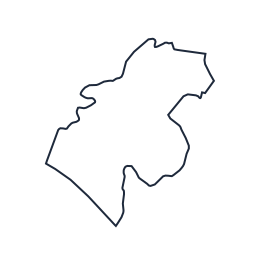 SVG path tracing the border of Santa Rosa, rotated 20°
{"feature_id": "GTM-1957", "entity_name": "Santa Rosa", "entity_type": "Department", "adm_level": 1, "iso_a3": "GTM", "parent_name": "Guatemala", "parent_adm1": "", "projection": "natural_earth1", "projection_center": [-90.341, 14.154], "detail": "fine", "context": "isolated", "style": "outline", "palette": "slate", "viewbox_px": 256, "rotation_deg": 20, "n_neighbors": 0, "source": "natural_earth", "source_scale": "10m", "svg_char_len": 2019}
<svg xmlns="http://www.w3.org/2000/svg" viewBox="0 0 256 256"><g transform="rotate(20 128 128)"><path d="M150.1,224.2L149.0,223.7L114.0,205.8L91.7,196.3L73.6,191.4L63.1,189.5L63.0,186.6L63.1,153.8L63.6,152.5L64.5,151.4L67.1,150.6L69.6,150.2L70.3,149.8L70.8,149.4L71.5,146.8L73.2,143.1L74.3,141.9L77.3,139.9L78.1,139.0L78.8,138.0L79.1,137.4L79.0,136.6L78.6,135.5L75.3,132.0L74.9,131.5L74.1,129.7L74.1,126.1L75.6,125.3L79.7,124.5L80.3,124.2L81.8,123.2L85.4,119.3L88.2,115.2L88.1,114.4L87.5,113.5L85.6,112.4L84.5,112.2L83.7,112.3L80.2,113.8L79.5,113.9L78.1,114.0L76.6,113.9L73.6,113.2L72.6,112.9L72.1,112.6L71.8,111.8L71.8,110.5L72.5,107.7L73.8,104.7L77.1,101.0L83.6,98.4L85.3,97.1L89.6,92.6L93.9,90.2L95.7,89.4L97.0,89.1L97.6,88.9L98.0,88.5L99.9,85.9L100.6,85.3L101.3,84.8L101.9,84.5L102.4,84.2L102.9,83.9L103.3,83.4L104.4,82.0L104.7,78.7L103.5,66.3L107.6,54.3L116.9,37.7L120.7,35.7L121.6,35.6L123.3,36.1L123.9,36.9L124.4,37.6L124.7,40.8L124.9,41.5L125.2,42.1L125.6,42.6L126.6,42.3L128.0,41.2L132.3,36.8L133.6,35.2L135.4,34.5L137.4,34.5L140.1,33.0L142.9,36.4L143.3,37.1L144.2,37.9L144.7,38.2L147.8,37.7L150.7,37.1L175.4,31.8L176.6,38.0L178.6,41.6L186.6,49.2L192.6,54.3L188.5,68.8L185.4,69.2L186.0,74.2L185.8,75.1L185.3,75.3L184.2,74.9L183.1,74.2L180.6,74.1L172.8,75.9L172.3,76.3L169.3,79.2L161.3,101.9L164.5,104.6L175.0,108.0L176.2,108.6L177.1,109.3L178.7,111.2L185.7,117.7L191.2,123.8L192.2,126.5L191.9,132.2L193.0,142.7L192.9,143.5L192.7,145.0L192.0,147.3L190.9,150.2L186.9,156.6L185.7,158.2L185.1,158.4L182.1,159.1L179.5,159.9L178.3,160.8L177.5,161.4L176.1,164.4L172.5,171.9L169.0,174.7L168.3,174.8L167.3,174.9L165.1,173.9L156.3,171.4L155.1,170.9L150.7,166.7L144.4,162.6L140.3,163.9L139.0,165.1L138.6,166.0L138.4,167.5L138.4,168.9L138.6,169.8L139.3,171.7L140.1,172.8L141.2,174.1L141.6,175.2L143.2,186.1L143.5,186.7L143.8,187.2L144.3,187.6L145.4,188.2L146.1,189.5L146.9,191.6L149.0,200.8L151.9,206.8L152.3,208.1L152.5,209.4L152.4,214.1L151.0,220.6L150.1,224.2Z" fill="none" stroke="#1e293b" stroke-width="2"/></g></svg>